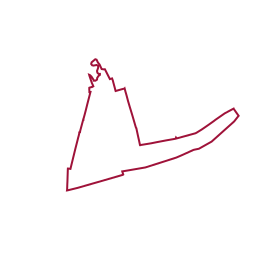 outline of Banjul Central, Gambia, rotated 134°
{"feature_id": "56634734B44527271765824", "entity_name": "Banjul Central", "entity_type": "district", "adm_level": 2, "iso_a3": "GMB", "parent_name": "Gambia", "parent_adm1": "", "projection": "albers", "projection_center": [-16.581, 13.457], "detail": "fine", "context": "isolated", "style": "outline", "palette": "rose", "viewbox_px": 256, "rotation_deg": 134, "n_neighbors": 0, "source": "geoboundaries", "source_scale": "gbopen_adm2", "svg_char_len": 1928}
<svg xmlns="http://www.w3.org/2000/svg" viewBox="0 0 256 256"><g transform="rotate(134 128 128)"><path d="M215.3,128.5L214.9,128.2L206.0,122.6L192.8,115.0L187.8,112.1L165.3,99.2L164.8,99.1L163.2,102.0L158.9,98.8L144.3,88.1L130.6,80.7L115.7,72.7L110.7,70.6L98.3,65.7L96.9,64.8L93.7,62.6L79.7,58.4L49.5,56.2L42.6,56.9L42.4,56.9L40.8,65.3L40.7,65.5L42.8,66.2L50.3,68.6L61.4,70.8L63.5,71.1L69.9,72.3L73.4,73.0L77.8,73.9L83.7,75.4L84.9,75.8L101.6,85.7L101.5,86.8L102.5,86.3L103.2,86.7L110.2,91.8L118.4,97.6L121.6,99.8L122.9,100.7L130.4,106.3L131.2,106.9L131.8,107.2L132.0,107.4L131.9,107.6L129.8,110.7L126.5,115.7L123.4,120.3L122.3,121.9L122.3,122.4L121.3,124.2L117.0,131.7L115.7,134.0L112.8,139.2L111.7,141.2L109.6,144.9L108.7,146.5L106.7,149.8L106.4,150.3L105.5,151.8L104.5,153.5L103.9,154.6L101.9,157.9L102.0,157.9L104.3,159.3L104.6,159.5L110.0,162.6L109.9,162.8L107.7,166.4L106.7,168.1L106.2,168.9L105.5,170.1L104.6,171.5L104.3,172.1L103.8,173.1L103.4,173.9L105.4,175.0L101.8,185.4L102.3,185.9L102.7,186.2L103.9,187.9L102.1,192.5L101.8,195.1L100.7,198.1L101.3,199.3L106.0,199.8L107.5,199.0L107.8,197.4L107.1,196.2L105.3,194.9L104.5,194.4L104.0,192.6L105.4,191.3L108.5,189.9L109.5,188.4L109.5,186.7L108.6,185.8L109.3,185.1L110.8,185.4L113.3,185.0L114.7,183.9L116.6,184.3L117.7,185.5L117.4,185.8L116.4,190.0L116.4,192.1L116.7,192.9L117.4,191.7L120.7,185.3L121.5,183.2L122.1,181.9L123.4,182.3L123.4,182.5L123.9,182.7L124.5,183.0L125.3,183.5L125.9,183.8L126.6,183.2L127.1,182.7L127.4,182.4L127.8,181.9L128.3,181.4L129.0,180.7L128.2,180.0L136.7,175.2L139.0,173.9L144.7,170.6L148.8,168.3L152.3,166.4L152.9,165.9L153.0,166.1L153.7,165.7L163.1,160.5L164.4,159.6L164.7,159.8L165.0,160.0L165.3,159.7L165.8,159.3L167.6,158.2L169.8,157.0L172.2,155.6L179.4,151.5L197.4,141.0L197.6,141.3L198.6,142.7L198.7,142.9L198.9,143.1L199.4,142.7L208.9,134.1L210.4,132.8L214.6,129.0L215.3,128.5Z" fill="none" stroke="#9f1239" stroke-width="2"/></g></svg>